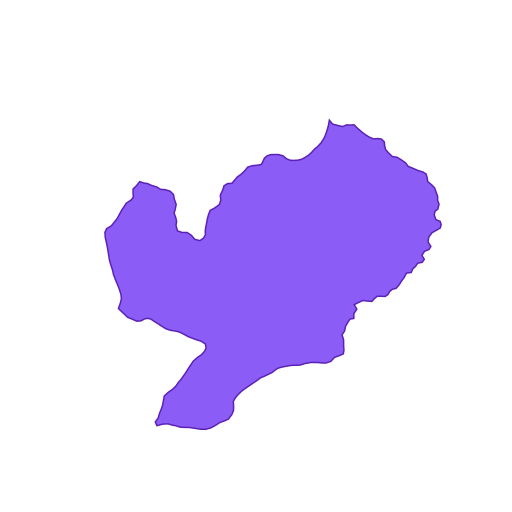 Berizal, Minas Gerais, Brazil (Mercator projection), rotated 141°
{"feature_id": "56859067B94256700938392", "entity_name": "Berizal", "entity_type": "district", "adm_level": 2, "iso_a3": "BRA", "parent_name": "Brazil", "parent_adm1": "Minas Gerais", "projection": "mercator", "projection_center": [-41.753, -15.698], "detail": "fine", "context": "isolated", "style": "filled", "palette": "violet", "viewbox_px": 512, "rotation_deg": 141, "n_neighbors": 0, "source": "geoboundaries", "source_scale": "gbopen_adm2", "svg_char_len": 3422}
<svg xmlns="http://www.w3.org/2000/svg" viewBox="0 0 512 512"><g transform="rotate(141 256 256)"><path d="M264.2,127.0L258.7,127.8L253.9,126.1L249.7,125.0L246.9,127.5L244.4,131.1L240.7,135.7L238.7,140.6L234.3,142.0L230.5,145.1L225.8,146.9L222.6,147.8L219.3,145.9L216.1,149.7L211.1,151.2L210.3,156.4L206.2,155.5L201.0,154.2L197.2,150.3L194.5,147.7L190.8,148.4L187.0,148.4L183.6,145.5L181.1,143.3L177.7,143.0L174.5,144.3L170.9,144.3L167.5,142.7L163.0,143.5L158.9,144.9L154.6,146.0L149.8,148.0L145.7,145.5L142.4,147.3L138.9,147.5L134.8,148.6L130.8,146.5L127.3,147.5L126.7,152.1L122.1,153.6L117.4,152.2L114.1,153.4L113.5,158.6L109.8,162.0L104.5,163.3L99.0,162.4L95.2,161.8L92.4,163.8L91.1,167.0L93.3,171.1L91.6,175.8L88.8,178.1L85.2,178.0L81.2,181.0L79.9,184.8L77.3,188.1L75.7,192.6L74.3,196.7L74.7,200.7L75.7,205.8L73.6,209.3L72.2,212.7L73.4,216.2L76.2,220.3L78.8,225.3L81.3,229.8L81.2,234.5L82.7,239.7L84.2,243.9L87.4,247.4L88.1,252.6L88.3,257.1L86.6,260.8L84.5,263.9L84.9,267.9L87.5,270.7L90.9,272.9L93.1,277.0L94.4,280.7L95.6,285.0L96.7,291.2L97.2,296.2L100.3,298.4L103.1,300.9L107.2,302.1L110.0,305.6L113.5,310.4L113.5,315.4L117.8,311.7L122.4,308.5L126.2,306.1L129.6,304.5L134.2,303.0L139.6,302.2L143.2,302.3L147.8,301.5L151.9,301.3L155.5,301.7L159.1,302.3L163.0,304.0L166.6,306.6L169.1,308.8L171.1,312.3L171.9,316.8L174.7,320.7L178.1,323.5L180.7,325.5L184.1,326.8L187.7,326.8L190.8,325.3L194.2,323.8L197.5,325.5L202.0,328.5L206.5,330.3L211.2,329.3L216.0,328.9L220.6,329.2L224.7,328.5L228.8,327.6L232.6,330.2L236.7,330.7L240.2,328.3L245.5,325.7L248.2,321.6L252.1,319.0L258.6,319.4L262.9,320.3L266.8,318.1L270.7,315.3L273.4,312.9L276.8,310.1L279.6,307.5L282.0,304.3L285.4,303.0L289.9,303.2L293.1,307.5L293.2,312.8L294.8,317.7L298.6,320.8L301.2,324.9L299.0,330.0L295.9,332.9L294.1,336.6L292.7,340.8L289.3,343.2L285.6,346.3L283.6,351.8L281.4,355.8L282.0,360.6L285.0,364.9L288.3,367.9L289.5,371.8L292.7,376.5L294.8,380.7L297.4,383.4L299.5,387.0L304.4,385.9L309.4,385.4L311.7,382.6L314.3,378.9L317.8,378.1L323.5,378.7L328.0,377.2L331.2,376.3L335.5,374.5L340.0,372.6L344.1,371.6L349.5,370.5L354.8,371.3L358.5,369.5L361.6,365.1L363.8,360.5L365.9,356.6L368.4,352.1L370.4,348.6L372.7,344.6L374.5,340.2L376.6,334.8L378.4,331.4L379.4,328.2L380.6,324.6L381.7,320.6L383.2,316.0L385.2,311.0L387.5,307.5L390.9,304.9L396.0,301.7L395.2,295.7L394.4,289.3L392.0,284.9L389.7,280.4L386.1,277.9L382.3,277.3L379.4,275.7L377.4,273.1L376.3,269.4L375.0,265.7L373.5,261.0L371.8,256.0L369.1,251.9L366.1,248.7L364.0,246.0L362.3,242.9L360.9,239.6L359.4,235.9L357.5,232.6L355.2,228.7L352.3,224.4L350.7,219.5L352.7,215.9L355.7,214.4L360.3,213.6L365.2,214.0L370.7,213.8L375.8,212.3L380.4,210.8L384.7,209.3L388.1,208.4L391.9,207.3L396.0,206.6L399.7,205.4L404.9,204.9L409.9,205.3L415.4,204.9L419.4,201.5L422.5,198.8L426.2,196.5L429.9,194.5L433.9,191.7L438.7,190.4L439.8,186.5L434.0,183.9L429.8,180.7L427.5,177.2L425.0,174.4L422.8,170.9L419.9,168.2L415.6,164.6L411.9,160.5L408.0,156.2L404.2,153.0L399.4,150.9L394.2,149.9L388.6,149.3L384.2,147.7L380.1,146.6L374.5,148.0L370.5,150.3L368.1,153.1L365.2,157.2L361.5,158.7L357.1,159.6L352.6,160.0L348.5,159.9L343.8,159.5L337.3,159.0L333.2,158.6L329.4,158.5L325.1,157.3L320.4,156.2L316.7,155.3L313.4,155.3L310.0,155.1L306.2,153.6L301.1,150.9L296.8,148.4L293.8,146.0L290.2,143.4L285.3,141.5L280.2,138.6L275.2,134.5L272.0,131.3L269.1,128.9L264.2,127.0Z" fill="#8b5cf6" stroke="#5b21b6" stroke-width="1.5"/></g></svg>